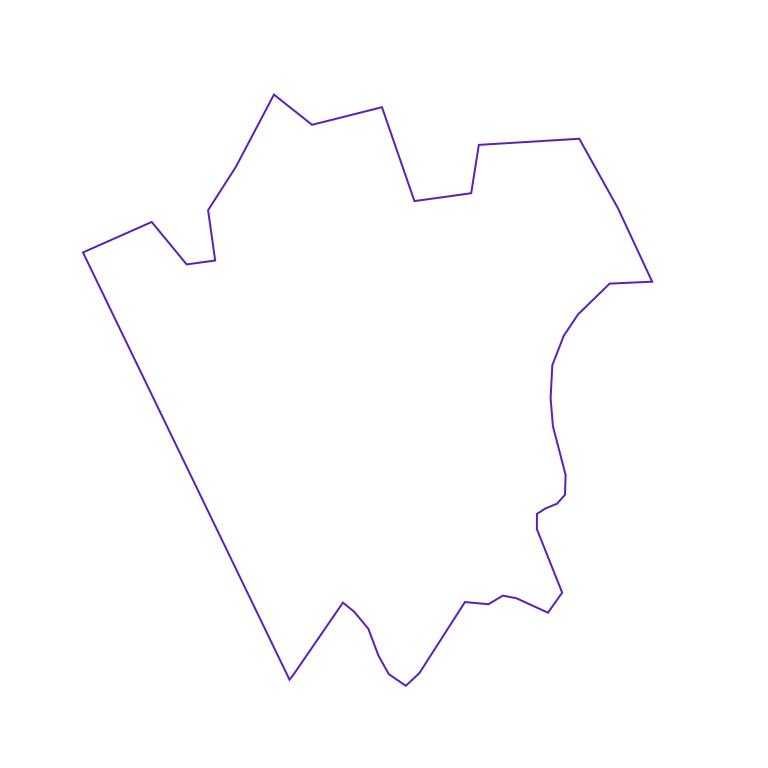 SVG path tracing the border of Vainodes, rotated 82°
{"feature_id": "LVA-5713", "entity_name": "Vainodes", "entity_type": "Municipality", "adm_level": 1, "iso_a3": "LVA", "parent_name": "Latvia", "parent_adm1": "", "projection": "equal_earth", "projection_center": [21.86, 56.449], "detail": "fine", "context": "isolated", "style": "outline", "palette": "violet", "viewbox_px": 768, "rotation_deg": 82, "n_neighbors": 0, "source": "natural_earth", "source_scale": "10m", "svg_char_len": 704}
<svg xmlns="http://www.w3.org/2000/svg" viewBox="0 0 768 768"><g transform="rotate(82 384 384)"><path d="M631.0,529.2L211.8,663.8L191.2,591.5L238.1,562.8L238.2,534.0L187.4,534.0L148.4,500.5L82.1,452.7L117.3,419.2L109.6,347.5L207.1,328.4L207.2,271.1L160.4,256.8L168.3,156.5L242.4,127.9L320.0,104.2L316.0,146.6L342.1,182.2L361.3,199.3L388.8,214.7L421.3,221.0L449.3,222.6L499.3,216.8L518.9,220.2L526.6,229.3L529.7,241.4L533.9,250.6L549.0,252.8L615.4,236.6L633.3,253.5L614.6,282.7L610.1,295.7L616.6,311.3L611.2,334.2L675.1,389.1L685.9,404.4L672.0,419.6L652.2,427.3L624.1,433.6L605.4,445.2L594.8,455.1L659.3,514.2L662.8,517.8L663.7,518.7L631.0,529.2Z" fill="none" stroke="#5b21b6" stroke-width="2"/></g></svg>